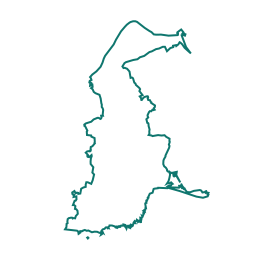 Tramore-Waterford City West Lea-6, Waterford, Ireland (Mercator projection), rotated 354°
{"feature_id": "5873133B15646893795596", "entity_name": "Tramore-Waterford City West Lea-6", "entity_type": "district", "adm_level": 2, "iso_a3": "IRL", "parent_name": "Ireland", "parent_adm1": "Waterford", "projection": "mercator", "projection_center": [-7.169, 52.204], "detail": "fine", "context": "isolated", "style": "outline", "palette": "teal", "viewbox_px": 256, "rotation_deg": 354, "n_neighbors": 0, "source": "geoboundaries", "source_scale": "gbopen_adm2", "svg_char_len": 5919}
<svg xmlns="http://www.w3.org/2000/svg" viewBox="0 0 256 256"><g transform="rotate(354 128 128)"><path d="M184.6,51.5L186.8,50.1L188.3,48.1L189.0,48.5L190.7,50.5L192.7,54.2L198.3,60.4L194.2,53.6L191.0,41.3L191.9,40.9L194.3,42.1L194.9,40.8L192.3,39.5L193.2,38.7L191.2,35.6L187.1,38.0L186.9,38.8L187.6,39.2L187.4,40.6L187.0,40.8L178.0,40.4L170.8,38.6L165.6,38.1L163.4,37.6L161.4,35.1L159.5,33.8L155.1,30.2L148.1,23.4L146.4,22.6L144.1,22.4L141.5,22.9L140.3,23.5L137.7,25.1L135.5,27.0L131.2,31.1L125.3,38.9L122.5,43.4L112.8,53.8L111.2,56.4L109.5,60.3L107.1,64.3L102.5,68.4L98.1,71.1L95.6,73.4L96.2,74.3L96.7,76.4L94.9,77.1L94.3,78.6L94.5,79.0L95.7,79.0L96.5,79.8L96.5,80.5L96.1,81.1L94.9,81.1L94.7,82.0L97.1,81.4L97.1,83.5L95.5,84.5L96.9,85.8L97.7,88.5L99.3,90.0L103.1,92.0L103.9,95.8L104.1,101.0L104.4,101.7L104.1,104.4L104.9,105.8L105.2,107.5L104.2,112.2L104.4,113.2L102.6,113.0L102.8,114.7L102.2,115.8L101.4,116.1L100.0,114.9L98.7,114.7L94.7,115.9L92.1,117.9L86.7,119.0L85.7,119.5L85.3,120.5L84.9,120.4L84.9,121.4L85.6,121.8L87.3,126.4L86.6,127.3L86.5,130.7L90.6,131.6L90.7,132.8L93.7,134.5L93.5,138.6L93.1,139.3L93.4,139.8L90.7,142.4L89.0,143.0L88.6,144.8L88.8,145.3L88.2,146.1L88.5,146.7L87.6,147.3L86.7,146.9L84.9,147.0L83.4,148.1L85.2,150.4L84.7,151.3L85.4,151.5L85.1,152.5L86.3,152.9L88.9,151.1L89.0,152.1L87.9,154.4L87.3,157.3L87.1,159.9L89.4,163.4L87.9,168.6L89.4,170.7L87.4,176.3L85.6,179.7L82.3,177.8L80.9,177.6L80.0,179.9L79.8,182.1L77.4,182.5L75.1,183.5L73.7,188.2L71.7,188.3L71.6,187.3L70.6,187.0L69.0,187.5L69.2,186.7L68.4,186.1L68.1,185.1L65.8,186.3L65.8,187.5L66.1,187.5L66.5,188.7L67.5,188.8L66.7,190.9L69.5,190.6L69.3,193.6L68.3,194.8L67.3,194.8L65.2,198.9L66.4,199.0L67.5,200.2L66.8,202.9L68.1,203.4L69.1,205.0L69.1,208.1L66.9,210.1L66.0,212.3L64.5,211.9L63.5,212.2L63.1,211.4L62.0,211.2L59.6,211.5L58.5,212.3L57.9,214.9L58.0,216.3L56.9,216.9L56.4,220.1L54.8,222.2L66.6,224.8L67.6,225.7L67.8,228.1L69.1,227.4L69.5,226.0L70.0,226.3L70.2,225.6L72.0,225.8L72.5,225.3L74.4,224.9L76.2,225.9L77.9,225.8L81.2,227.9L83.9,227.6L86.5,228.0L88.7,229.3L90.2,229.6L90.6,227.9L92.2,226.2L94.2,225.8L95.4,224.6L96.5,224.6L97.4,225.6L97.9,225.0L98.2,225.2L98.0,224.5L99.4,223.5L99.5,223.0L101.9,223.3L105.1,224.7L105.1,225.5L105.4,225.7L105.1,226.4L106.5,224.9L107.0,225.3L106.6,225.8L106.9,226.2L107.7,225.7L107.6,224.9L108.5,224.7L109.5,225.1L109.8,226.3L110.2,224.5L111.3,224.3L111.8,224.6L112.4,224.3L112.5,225.3L112.8,224.3L113.5,224.2L113.5,223.5L114.8,224.0L114.6,224.9L115.1,224.9L114.9,225.4L115.3,225.7L114.9,225.9L115.1,226.7L115.4,225.5L116.2,226.5L116.3,225.7L116.7,226.2L117.7,225.2L118.4,225.3L118.0,226.4L118.4,226.9L119.5,226.2L119.9,225.1L120.2,225.1L120.6,224.4L121.9,225.0L121.7,226.2L122.6,225.7L123.0,224.2L123.6,223.4L123.6,222.5L123.8,223.3L124.7,223.4L124.2,222.9L124.5,222.5L124.1,222.2L124.9,221.3L125.4,222.0L125.9,221.9L127.0,220.9L127.2,220.2L128.2,221.1L128.2,221.9L129.0,221.5L128.7,222.2L129.3,221.9L129.5,221.1L129.6,221.7L130.0,221.4L129.7,221.9L130.4,222.9L130.7,222.9L130.5,222.3L131.1,222.5L131.4,221.4L131.1,220.1L131.7,220.4L131.9,219.9L131.3,218.6L132.2,218.8L133.1,217.8L132.9,217.0L133.4,217.4L134.1,216.1L134.4,214.1L135.1,214.4L135.2,213.7L135.0,213.9L134.7,213.1L135.0,212.9L135.2,213.3L135.4,212.8L135.3,213.4L135.9,213.1L136.0,212.3L135.2,211.8L135.5,211.7L135.8,212.0L135.7,211.3L136.6,211.1L137.0,209.4L137.2,209.9L137.2,209.4L137.5,209.5L137.2,205.2L137.8,204.8L137.9,205.2L137.8,204.5L138.5,204.4L138.5,202.6L139.1,202.4L139.0,201.8L139.7,201.5L140.9,199.3L142.0,199.3L140.7,199.0L141.2,198.4L141.8,198.9L141.2,198.3L142.8,195.6L145.7,194.9L147.1,191.3L147.8,191.1L151.5,191.0L151.7,190.6L161.0,192.0L161.5,191.6L172.6,196.0L188.9,203.4L195.3,205.2L200.1,204.3L201.1,202.5L200.7,201.7L201.2,200.9L200.3,200.7L199.9,201.4L199.2,199.0L198.6,199.1L198.5,199.9L198.9,200.1L198.4,200.5L198.0,199.7L195.3,199.9L194.3,197.9L193.0,197.2L187.0,197.4L183.1,198.4L180.0,197.9L178.6,195.7L177.7,193.4L177.8,194.6L177.3,194.6L177.1,193.1L176.2,192.0L174.9,188.8L176.6,193.7L176.0,192.5L175.4,194.4L175.7,192.2L173.7,191.0L172.9,190.9L173.1,192.2L173.8,192.2L173.2,192.4L173.3,193.2L173.3,192.8L172.8,192.7L163.9,191.5L161.4,190.2L162.8,189.5L164.9,189.5L165.5,188.5L166.5,188.2L165.2,186.6L163.8,187.2L161.8,187.0L161.0,187.3L162.7,185.2L163.9,182.2L165.0,178.7L164.7,177.2L168.2,177.4L169.7,178.6L170.7,178.3L168.2,179.2L168.3,180.5L168.8,181.0L171.0,180.3L174.3,187.6L171.1,179.8L171.9,176.7L167.2,177.2L165.5,176.8L164.4,175.5L163.4,175.6L162.4,174.5L162.5,173.4L161.5,171.4L160.0,169.9L159.3,167.6L159.8,164.3L160.4,162.9L162.3,160.3L162.4,159.3L166.8,152.0L167.4,150.2L166.9,148.8L168.1,146.2L167.8,145.5L168.2,143.0L165.1,140.8L163.6,139.0L160.6,139.0L157.2,138.2L151.5,138.6L150.6,137.9L147.8,137.1L148.7,135.9L148.8,133.6L149.3,131.7L148.7,128.2L148.8,126.0L148.6,125.3L147.7,124.9L147.2,121.2L149.2,119.6L148.7,117.9L148.9,117.1L150.6,114.3L151.6,113.5L152.9,113.8L154.1,112.5L155.0,112.9L156.4,112.6L155.6,111.1L156.9,109.9L157.2,108.4L153.7,105.5L153.9,104.9L153.2,104.2L152.8,102.7L151.0,102.2L150.7,100.5L151.2,100.0L151.1,98.7L150.4,98.4L147.5,98.9L146.0,100.0L144.6,101.6L144.2,101.5L144.1,99.6L143.0,97.8L145.9,96.8L143.2,92.5L144.1,90.6L143.4,89.3L140.3,85.9L140.1,84.6L139.0,83.5L138.2,79.1L137.2,78.2L135.8,78.4L135.4,72.0L133.3,69.0L131.0,67.8L129.8,67.9L128.9,66.2L131.3,63.1L132.9,62.3L140.4,60.9L144.6,60.6L147.3,58.9L151.7,58.0L157.3,54.7L159.6,54.3L164.1,52.5L167.2,52.2L171.0,50.9L173.2,51.1L174.8,55.7L178.5,52.9L181.4,52.3L181.4,50.9L184.4,50.6L184.6,51.5ZM90.9,230.9L91.5,230.2L90.1,229.7L90.6,230.3L90.1,231.3L90.9,230.9ZM119.6,226.9L119.7,226.1L119.0,226.9L118.9,227.8L119.1,227.5L119.6,227.7L119.6,226.9ZM76.6,232.5L76.0,232.8L76.5,233.6L76.8,233.3L76.5,233.0L76.9,232.9L76.6,232.5ZM115.5,226.7L115.8,227.5L116.0,226.7L115.6,226.4L115.5,226.7ZM92.2,229.7L92.0,229.1L91.7,229.3L92.2,229.7Z" fill="none" stroke="#0f766e" stroke-width="2"/></g></svg>